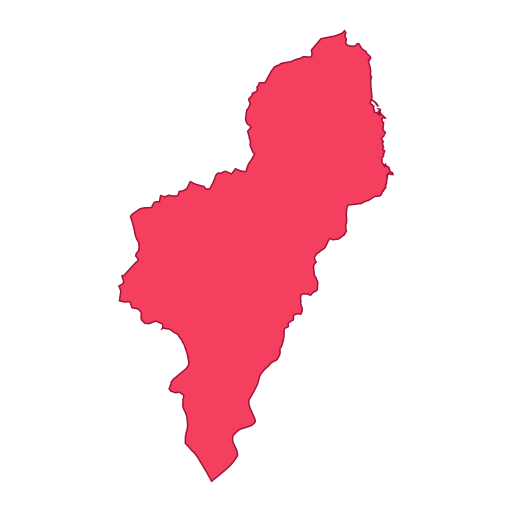 Hörgársveit, Norðurland eystra, Iceland
{"feature_id": "244011B22444435927366", "entity_name": "Hörgársveit", "entity_type": "district", "adm_level": 2, "iso_a3": "ISL", "parent_name": "Iceland", "parent_adm1": "Norðurland eystra", "projection": "orthographic", "projection_center": [-18.391, 65.624], "detail": "fine", "context": "isolated", "style": "filled", "palette": "rose", "viewbox_px": 512, "rotation_deg": 0, "n_neighbors": 0, "source": "geoboundaries", "source_scale": "gbopen_adm2", "svg_char_len": 6034}
<svg xmlns="http://www.w3.org/2000/svg" viewBox="0 0 512 512"><path d="M119.4,300.8L125.1,302.1L127.8,301.7L129.9,302.0L130.4,302.6L131.7,307.2L132.3,307.9L137.0,308.6L139.1,309.8L141.4,312.7L141.0,316.5L141.4,319.8L145.0,323.4L149.4,323.6L155.8,321.0L162.2,323.9L162.9,325.2L162.8,326.4L162.5,326.9L162.8,327.6L162.1,328.7L164.1,327.9L165.0,328.6L169.5,329.0L174.3,332.6L176.5,333.5L177.9,334.6L179.5,337.2L181.2,339.3L182.0,340.3L182.4,341.9L184.1,344.5L187.3,353.9L188.7,361.8L188.8,363.4L188.7,364.4L187.4,367.1L186.0,368.8L173.4,379.2L171.2,382.2L171.0,384.0L170.5,384.9L170.6,385.4L170.1,386.0L169.8,387.8L169.2,388.3L169.1,388.8L171.0,391.4L172.0,391.2L173.7,392.2L175.6,392.7L179.5,392.2L183.8,395.2L183.5,397.9L182.8,399.8L183.1,401.3L182.8,403.2L183.0,403.6L182.8,404.1L182.8,406.3L183.8,409.4L185.4,412.3L185.6,413.4L186.6,415.5L187.4,420.9L187.6,424.8L187.7,426.0L187.1,429.2L185.7,434.9L185.4,437.7L185.3,443.3L188.4,446.5L191.5,450.2L194.2,452.7L196.9,456.1L206.8,472.4L211.6,481.3L224.5,470.7L230.3,465.4L233.7,461.4L237.4,456.0L237.6,454.5L236.9,450.6L232.8,441.9L232.6,439.5L232.6,437.4L233.0,435.9L234.0,434.4L238.1,430.5L240.6,429.0L250.4,426.0L252.6,424.7L254.8,422.5L255.3,421.3L255.0,419.3L250.0,407.9L249.3,405.6L248.7,402.4L248.9,400.7L249.3,399.3L253.9,391.5L257.6,383.9L259.3,377.4L260.5,374.4L263.9,370.1L268.3,366.1L271.3,362.7L276.5,360.0L277.3,359.2L278.8,356.6L279.6,354.9L280.1,352.7L279.9,349.9L280.1,348.4L281.5,346.5L283.1,341.1L283.9,337.0L284.1,332.9L284.0,330.5L284.4,328.9L285.4,328.0L288.4,326.6L288.1,323.9L288.3,323.5L289.4,322.2L293.4,319.8L293.6,318.2L293.3,316.7L293.5,315.8L294.1,315.1L295.4,314.3L298.3,313.7L300.7,314.2L301.2,313.4L302.2,310.6L302.2,307.9L300.7,304.2L300.9,301.4L300.6,299.7L300.7,296.6L301.2,295.1L302.1,293.9L306.9,294.0L310.2,295.1L310.9,295.0L312.7,292.6L315.9,291.1L317.3,289.6L317.8,282.3L315.9,277.5L314.4,275.4L313.6,267.9L313.6,265.8L314.1,264.5L316.2,262.0L315.2,260.7L314.8,259.5L314.5,257.7L314.8,256.7L317.5,253.0L318.9,252.4L321.2,250.3L323.3,249.2L324.4,248.2L325.6,246.7L328.1,241.1L330.1,238.3L332.2,239.6L333.4,239.7L338.7,238.9L344.3,234.8L346.5,230.8L345.8,228.7L345.8,227.1L346.0,223.9L346.4,223.3L346.7,219.3L346.3,214.8L346.3,212.6L346.9,208.1L347.2,206.9L348.1,205.1L361.1,203.5L365.5,201.2L368.3,200.5L374.8,196.4L379.0,196.1L380.5,195.5L382.0,193.4L382.4,191.2L383.0,191.1L382.8,190.7L383.2,190.4L383.8,190.4L384.0,189.5L384.8,188.5L385.6,188.2L385.4,187.0L385.7,186.4L385.6,185.3L385.8,185.4L385.8,184.6L386.4,183.7L386.5,183.3L386.3,183.2L386.5,182.3L386.4,181.3L386.9,180.0L386.8,179.7L387.3,177.9L387.2,176.8L387.0,176.5L387.3,176.3L387.0,175.7L387.5,175.8L387.6,174.8L387.8,174.6L387.4,174.4L388.4,173.6L389.1,174.0L389.5,173.6L389.4,173.3L391.6,174.6L393.1,174.5L392.4,172.6L391.1,172.2L389.5,170.9L389.8,169.9L389.2,168.8L389.3,168.1L388.4,167.8L388.5,167.2L388.0,166.6L386.5,166.3L385.5,164.3L385.1,165.1L385.2,166.1L384.6,166.6L383.4,164.1L382.6,163.5L381.8,161.8L382.1,160.5L381.7,158.5L383.5,156.0L383.6,154.4L383.5,154.2L384.7,151.1L384.5,150.5L383.7,150.6L382.7,149.2L383.1,147.7L383.6,147.2L382.8,146.1L383.0,145.5L382.4,143.4L383.4,141.7L381.7,139.5L381.4,138.5L382.4,137.2L383.6,136.3L385.4,132.4L383.7,130.9L382.8,129.3L382.8,128.6L383.2,128.0L383.0,126.3L383.6,124.4L383.2,123.2L383.5,122.4L382.9,122.4L382.1,121.2L382.2,119.1L381.8,118.8L383.3,117.4L384.6,118.1L385.3,118.0L381.5,114.4L380.4,112.7L380.0,110.5L380.4,109.8L379.7,109.0L378.7,108.9L379.2,109.3L379.2,110.0L379.6,110.9L380.0,112.9L378.5,112.0L379.9,115.3L379.5,115.3L378.5,113.7L377.7,113.8L377.3,112.9L374.4,112.2L374.1,111.7L374.5,110.2L373.9,109.6L373.6,107.2L373.8,106.1L372.3,105.5L372.2,104.6L370.2,103.5L370.2,102.8L371.2,100.7L371.2,99.8L371.4,99.4L375.8,103.1L376.2,104.0L376.4,103.8L377.0,104.6L377.1,105.3L378.4,106.3L376.1,103.0L372.1,99.8L371.5,98.9L372.0,97.0L371.7,95.2L371.8,94.7L371.4,93.2L371.6,92.5L371.3,91.2L371.3,89.9L370.8,86.8L371.0,84.8L370.7,83.8L370.8,82.2L370.6,80.8L371.2,78.4L370.7,79.0L370.7,77.2L371.3,77.1L371.5,77.9L371.6,77.4L371.2,76.9L370.8,76.9L371.0,76.1L370.4,73.5L370.7,71.4L370.6,70.1L369.9,66.3L368.4,61.7L368.5,61.2L368.9,61.0L368.9,60.8L368.4,61.0L368.3,60.6L368.8,60.5L368.5,60.3L368.9,59.7L369.7,58.9L369.7,59.3L370.8,58.0L370.0,56.3L366.6,53.3L366.2,51.9L365.8,51.4L362.1,49.0L359.9,45.7L359.6,44.6L358.3,43.6L357.1,43.7L355.7,45.8L352.9,46.2L348.7,45.8L346.2,44.2L346.0,43.7L345.7,41.9L346.2,40.8L346.1,40.3L346.3,39.6L346.3,38.8L345.3,37.1L344.9,35.2L345.6,34.1L345.7,32.5L344.5,30.7L343.3,32.2L341.5,33.5L334.9,36.0L321.0,38.7L311.4,50.1L312.0,53.5L311.6,56.7L309.5,57.1L303.2,56.6L300.8,58.2L296.4,59.3L290.5,61.7L282.0,63.2L280.4,63.8L279.2,65.1L276.9,65.5L276.0,66.3L274.6,66.8L271.6,70.7L265.4,82.1L264.0,82.7L259.1,82.9L259.0,84.0L258.4,85.5L256.9,87.1L257.3,89.1L257.1,90.3L256.3,91.5L252.5,93.2L251.7,95.8L250.2,97.6L249.0,98.5L248.8,99.1L248.9,100.4L250.3,103.5L248.6,107.8L246.8,109.9L246.1,114.1L245.6,119.5L246.3,122.0L247.2,123.6L247.7,124.3L249.3,125.1L251.0,127.4L247.6,131.2L249.1,136.2L249.3,138.0L250.6,141.9L250.2,143.1L250.1,144.7L250.4,146.3L253.0,152.4L254.7,153.8L251.1,160.3L248.5,163.9L246.9,168.2L246.2,171.2L244.7,171.6L240.7,171.0L235.3,168.7L234.0,171.0L231.4,174.0L226.4,171.6L224.8,171.3L220.8,173.3L218.6,173.0L217.4,173.5L216.0,175.1L213.6,181.5L209.8,188.8L205.9,189.0L205.1,188.4L204.2,186.6L195.4,184.2L190.3,181.6L187.0,188.3L184.7,190.0L181.9,191.2L179.3,191.3L178.3,194.5L177.4,195.9L172.7,196.1L168.6,195.2L164.9,196.9L160.7,195.6L160.1,197.6L159.8,200.3L159.3,201.2L158.7,201.8L156.2,201.7L154.0,202.6L152.2,206.0L152.0,207.5L144.0,207.9L140.2,208.7L132.8,213.8L131.3,215.2L130.6,216.3L130.6,216.9L133.1,225.0L134.5,230.8L135.1,234.5L135.8,236.8L136.8,239.2L138.8,242.6L139.1,247.4L138.7,250.4L136.3,253.7L135.8,254.9L135.8,255.7L135.9,256.3L138.0,258.7L138.1,259.6L137.6,261.3L135.9,262.4L124.0,275.3L121.9,275.9L123.5,280.8L123.6,281.9L123.5,282.7L121.9,284.5L118.9,286.0L120.6,290.2L120.8,291.4L119.4,300.8Z" fill="#f43f5e" stroke="#9f1239" stroke-width="1.5"/></svg>